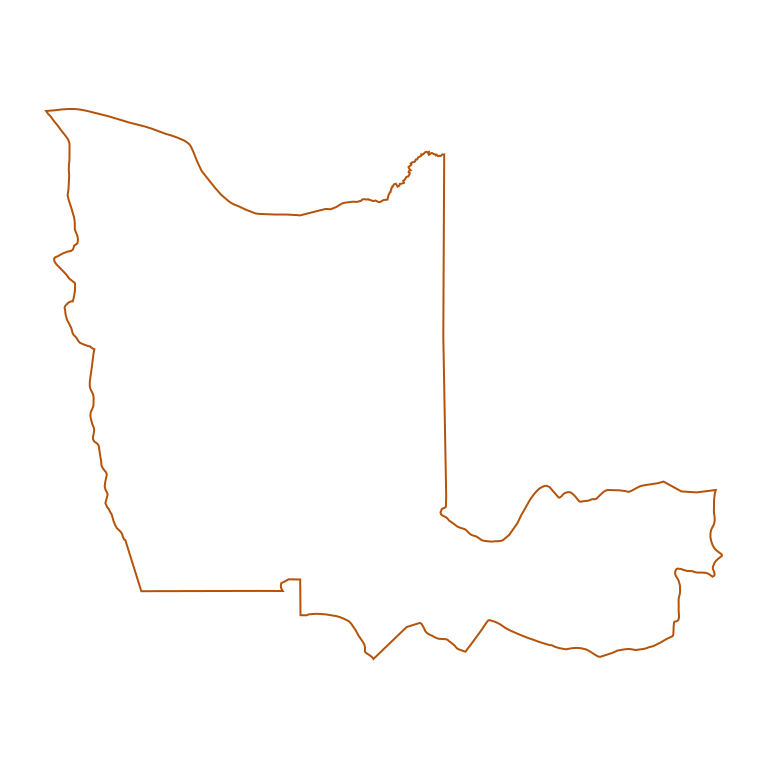 outline of Chhuk, Kâmpôt, Cambodia
{"feature_id": "14789045B28419059899901", "entity_name": "Chhuk", "entity_type": "district", "adm_level": 2, "iso_a3": "KHM", "parent_name": "Cambodia", "parent_adm1": "Kâmpôt", "projection": "mercator", "projection_center": [104.309, 10.967], "detail": "fine", "context": "isolated", "style": "outline", "palette": "amber", "viewbox_px": 768, "rotation_deg": 0, "n_neighbors": 0, "source": "geoboundaries", "source_scale": "gbopen_adm2", "svg_char_len": 6024}
<svg xmlns="http://www.w3.org/2000/svg" viewBox="0 0 768 768"><path d="M46.1,111.0L48.1,113.8L50.7,116.5L53.9,121.0L57.8,125.7L60.6,129.6L65.1,135.3L67.6,138.6L69.1,141.9L69.5,144.3L69.5,156.4L69.4,160.7L68.9,165.0L68.8,170.1L69.2,175.2L68.5,189.3L67.6,195.2L68.5,199.3L71.5,208.5L74.0,217.1L74.7,221.2L74.8,224.0L74.8,229.3L76.3,233.3L77.3,235.6L77.7,237.7L77.9,239.7L77.7,241.7L77.3,243.5L74.1,245.7L73.6,247.8L72.7,249.8L70.6,251.1L67.8,251.5L62.7,253.5L57.5,256.4L55.3,257.2L54.1,258.6L54.4,261.2L55.3,262.9L57.1,265.0L65.8,274.0L67.9,276.6L68.3,277.4L69.6,278.9L74.5,282.7L75.0,283.4L75.1,286.1L74.9,291.5L73.7,297.9L72.7,301.4L71.6,301.3L69.7,301.9L68.1,302.9L65.5,305.6L64.6,307.3L64.7,308.5L65.1,309.7L65.5,314.1L67.0,319.8L69.8,325.0L71.4,328.4L72.6,333.1L73.7,335.1L75.7,336.9L78.8,341.6L80.0,342.8L84.3,344.7L88.0,346.0L89.2,346.2L90.0,346.5L92.5,348.4L94.4,349.2L93.4,354.4L91.8,367.3L89.8,381.5L89.8,385.8L90.1,388.0L91.1,390.4L92.5,393.0L93.3,395.2L93.7,398.3L93.4,405.9L92.3,408.8L90.7,412.2L90.4,415.6L90.8,418.6L92.5,424.7L93.8,427.6L94.2,430.4L93.6,434.2L93.0,436.5L93.0,439.1L94.0,441.2L97.5,443.9L98.7,445.6L100.4,456.8L101.0,459.9L101.5,465.6L102.1,467.0L103.7,469.5L105.8,472.0L106.8,474.2L106.5,476.4L105.8,479.1L105.2,482.4L104.7,486.2L105.4,489.5L106.9,492.4L107.7,494.5L105.4,503.1L107.2,507.3L108.3,508.4L109.1,509.7L109.8,511.3L111.8,514.8L113.6,521.2L114.7,524.0L115.6,525.9L116.8,528.1L119.6,530.7L121.3,532.6L122.3,534.5L122.8,536.7L124.2,539.6L125.3,540.0L141.3,591.2L257.8,590.9L282.8,591.0L281.5,588.9L281.1,588.0L280.8,585.5L281.3,583.1L284.2,581.8L288.6,579.3L300.2,579.5L300.5,615.2L306.6,615.3L308.6,614.4L311.8,614.1L317.1,613.8L326.0,614.4L335.7,616.0L339.6,617.0L343.6,618.6L348.7,621.1L351.2,623.7L355.7,630.3L358.4,635.4L362.5,641.4L364.3,644.4L365.0,647.5L364.9,651.0L365.1,651.9L365.9,652.8L370.3,655.7L372.7,657.8L373.4,659.0L406.7,627.0L419.9,622.9L421.5,623.8L423.9,628.0L425.2,630.9L425.8,631.8L427.0,633.0L428.7,634.2L433.2,636.3L434.9,637.4L438.1,638.6L439.0,638.8L446.1,639.2L447.8,640.0L449.0,641.2L450.5,642.2L454.2,645.2L455.2,646.2L455.9,647.2L456.9,648.2L457.9,649.0L465.3,651.7L466.1,651.2L466.7,649.9L471.2,644.1L481.6,629.9L484.4,625.6L488.1,620.5L489.4,620.1L494.8,621.7L497.9,623.1L501.0,624.9L505.0,627.7L510.6,630.7L519.6,634.6L528.6,638.2L532.1,639.3L538.8,641.8L549.9,645.2L551.5,645.1L555.2,646.9L559.2,648.1L564.5,649.1L566.1,649.3L571.3,648.3L574.1,648.0L578.1,647.9L581.4,648.3L585.1,649.2L586.5,649.6L590.2,651.6L595.6,655.1L598.3,656.6L600.4,656.8L610.8,653.4L613.8,652.3L617.4,650.6L622.9,649.6L625.7,649.2L629.0,648.9L635.7,650.0L641.7,649.2L646.0,648.4L649.0,647.2L652.7,646.3L654.4,645.6L660.6,642.5L666.7,638.9L672.1,636.4L673.1,635.5L673.4,633.2L673.7,626.0L674.1,622.3L674.6,621.6L676.2,621.4L677.6,620.7L678.3,620.1L678.9,617.9L679.0,615.9L678.6,609.9L678.7,607.0L678.6,599.8L678.8,597.9L679.9,593.5L680.1,590.9L679.9,585.3L679.1,582.4L678.3,579.9L677.4,578.3L676.3,576.7L675.2,574.4L675.1,572.0L676.0,569.6L676.5,569.0L677.5,568.6L680.4,568.9L682.0,569.3L683.6,570.0L687.4,571.0L692.2,571.1L694.0,571.9L697.3,572.6L702.6,572.6L706.3,572.9L709.0,574.1L712.5,576.7L714.2,575.7L714.6,574.4L714.4,572.8L712.9,568.8L712.8,567.0L714.7,562.5L716.0,560.8L717.7,559.2L721.9,555.8L721.9,554.8L721.1,553.9L718.3,551.9L716.6,550.5L715.1,549.1L713.7,547.1L712.7,545.3L711.3,541.5L710.4,537.0L710.5,533.1L710.9,530.8L711.7,528.6L714.1,524.0L714.6,521.1L714.7,519.0L714.6,516.8L714.1,513.8L713.9,511.3L714.1,499.6L714.9,492.8L715.8,490.0L696.6,492.4L681.4,491.4L663.5,481.6L657.9,483.2L643.4,485.4L639.9,486.3L636.8,487.9L631.7,490.7L628.6,491.9L625.8,491.2L623.3,490.8L618.7,490.3L608.1,490.0L606.2,490.4L603.6,491.8L599.1,496.0L596.8,498.4L595.4,499.2L592.0,499.2L588.7,500.6L583.5,501.2L581.1,501.7L579.6,501.5L578.6,500.6L575.3,496.5L573.7,494.9L570.9,492.5L568.8,492.1L567.7,492.2L565.1,492.9L563.3,494.1L561.4,496.4L559.5,497.6L558.6,497.5L549.6,487.1L546.6,485.8L545.0,485.9L543.8,486.2L541.8,487.2L539.3,488.6L536.7,491.1L534.4,493.7L532.2,496.6L529.8,500.1L521.4,514.9L517.4,523.2L509.2,534.9L503.0,540.1L501.4,540.8L497.3,541.3L495.2,541.2L492.6,541.6L488.7,541.4L483.3,540.7L480.9,539.7L478.9,538.1L476.1,536.4L471.8,535.1L469.5,533.6L466.8,530.7L464.9,529.2L459.6,527.5L457.4,526.6L453.9,523.9L449.0,520.5L447.9,519.0L446.2,517.4L442.1,515.3L441.1,514.4L440.5,512.3L441.8,509.0L444.8,507.7L445.9,506.7L446.2,496.5L443.3,336.1L444.2,154.4L443.2,154.6L442.3,154.4L441.3,155.4L440.5,156.0L439.3,155.8L438.3,156.1L437.4,155.8L436.6,154.7L435.6,155.3L435.0,154.3L433.8,154.1L433.1,153.8L432.5,153.2L431.5,153.0L428.9,154.8L428.3,153.8L428.8,152.9L428.9,151.9L428.0,152.2L427.1,152.2L426.2,151.8L425.1,152.3L423.2,154.3L421.3,154.4L421.6,155.2L420.7,156.3L419.3,156.7L417.8,157.7L417.6,158.8L416.9,159.6L415.7,159.6L414.8,161.7L411.8,162.6L410.7,163.6L411.4,164.5L410.8,165.3L408.5,166.9L409.0,168.2L409.8,169.5L410.6,170.3L409.6,170.6L408.8,171.4L408.7,172.4L409.7,172.9L409.7,173.9L408.3,176.5L407.0,176.7L406.3,177.0L404.8,179.7L403.2,180.9L403.8,182.1L404.0,182.8L402.2,183.5L399.7,184.0L399.4,185.6L397.6,186.7L395.8,183.7L393.9,184.4L393.2,185.7L392.4,186.2L392.4,187.3L391.6,187.7L391.5,188.9L391.1,189.4L390.7,190.8L390.7,191.8L389.8,192.3L389.4,193.5L388.5,195.0L388.3,196.3L387.9,197.6L387.8,198.4L387.4,199.7L386.1,199.7L383.2,200.2L380.0,202.1L378.6,202.1L375.4,200.5L373.0,201.1L369.9,199.8L368.8,199.7L368.2,199.2L366.5,199.6L364.8,199.2L362.4,199.4L361.2,200.7L357.0,201.9L352.3,201.7L343.9,202.9L341.4,203.8L336.3,207.0L330.6,209.3L325.9,208.9L319.7,210.4L300.1,215.4L297.0,215.1L285.8,214.5L273.9,214.5L259.1,213.9L257.3,213.7L255.2,213.3L246.3,209.9L238.5,206.2L233.4,204.2L230.2,202.3L227.6,200.3L221.1,194.7L214.7,187.4L202.2,171.7L201.0,169.7L197.0,161.1L193.3,151.7L190.8,146.4L189.4,144.3L187.3,142.6L184.3,140.6L177.3,137.6L171.5,135.5L165.5,133.8L151.6,128.6L144.2,126.3L129.8,122.7L107.5,116.0L86.1,110.7L80.4,109.6L74.5,109.0L68.7,109.0L61.7,109.4L56.0,110.2L46.1,111.0Z" fill="none" stroke="#b45309" stroke-width="2"/></svg>